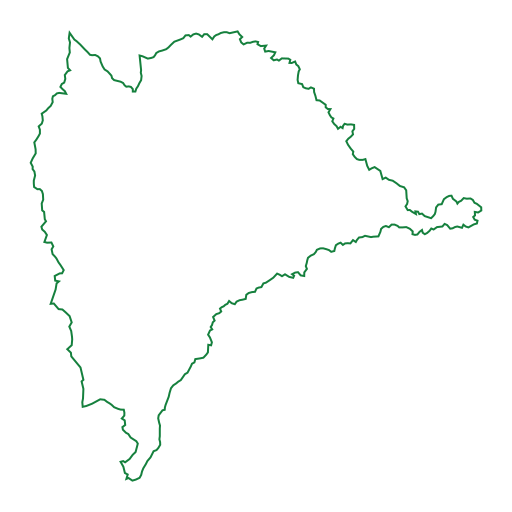 Aral Moreira, Mato Grosso do Sul, Brazil
{"feature_id": "56859067B29301186174835", "entity_name": "Aral Moreira", "entity_type": "district", "adm_level": 2, "iso_a3": "BRA", "parent_name": "Brazil", "parent_adm1": "Mato Grosso do Sul", "projection": "orthographic", "projection_center": [-55.401, -22.967], "detail": "fine", "context": "isolated", "style": "outline", "palette": "green", "viewbox_px": 512, "rotation_deg": 0, "n_neighbors": 0, "source": "geoboundaries", "source_scale": "gbopen_adm2", "svg_char_len": 5884}
<svg xmlns="http://www.w3.org/2000/svg" viewBox="0 0 512 512"><path d="M475.0,215.4L474.8,211.9L478.1,212.5L481.3,210.5L481.2,207.3L476.8,203.8L474.5,202.8L472.8,199.9L470.5,198.5L466.7,198.7L463.7,198.1L461.1,200.8L458.8,201.9L457.4,203.6L456.4,201.5L452.9,198.8L451.5,195.7L449.2,195.9L446.7,197.1L443.9,199.2L441.7,204.2L438.3,204.6L436.1,207.4L435.5,211.8L434.8,214.1L433.3,216.0L431.1,218.2L424.7,216.1L422.0,213.6L419.3,214.1L418.0,211.7L415.4,211.4L415.9,214.0L412.1,211.8L409.8,210.0L407.7,210.1L405.5,206.4L407.1,204.0L407.7,201.2L406.7,198.3L406.2,190.3L404.1,187.3L399.9,186.0L396.4,183.2L392.7,180.7L388.9,179.8L385.7,177.6L382.6,179.1L380.3,170.9L374.6,167.1L371.7,168.3L369.2,169.8L367.2,165.8L365.4,159.1L362.6,159.9L359.4,159.9L356.9,159.1L354.7,156.9L352.8,154.2L353.3,151.6L350.8,148.7L348.0,144.7L346.3,141.2L348.3,138.7L350.7,136.8L353.0,134.4L352.4,131.3L354.2,128.9L354.1,124.9L351.0,124.4L347.4,124.6L344.6,123.8L343.1,125.8L342.6,128.1L340.6,126.8L338.0,128.8L336.6,126.2L334.1,123.9L332.3,121.3L333.4,118.5L331.4,117.4L329.9,115.2L328.5,112.3L330.4,109.1L327.8,109.0L325.7,107.3L325.7,104.8L319.7,100.5L316.5,100.2L315.4,95.8L314.1,92.0L314.0,88.7L310.9,87.4L308.6,88.8L305.8,88.3L303.3,87.2L302.1,84.1L298.3,83.2L297.6,79.9L298.0,75.3L298.7,71.4L299.8,69.3L298.3,66.1L296.3,64.5L295.1,61.5L291.7,63.0L289.5,62.9L290.3,59.8L288.3,58.6L281.8,58.4L278.9,60.6L277.0,59.5L273.7,60.3L271.1,58.0L273.9,55.3L275.3,52.3L268.6,51.0L265.2,51.6L264.2,48.6L266.1,45.6L260.8,46.1L257.5,44.2L258.1,42.0L255.5,41.4L253.0,41.8L250.2,42.8L247.2,42.7L243.6,44.4L241.2,42.4L239.9,39.2L242.2,37.0L239.4,34.3L237.6,31.4L229.6,33.2L226.7,32.2L224.0,32.2L220.8,33.0L218.4,34.3L216.3,35.0L214.3,36.4L212.4,39.3L207.2,34.2L204.2,34.2L202.1,36.8L198.8,34.4L196.1,33.6L193.3,34.4L190.6,36.6L188.8,35.1L185.5,35.4L183.3,38.2L180.3,39.5L174.3,41.7L170.9,44.9L168.5,47.4L166.2,49.2L162.1,50.6L159.0,51.4L156.3,53.0L155.1,55.2L153.6,57.1L151.4,57.9L147.8,58.6L142.6,56.3L139.6,55.5L141.1,70.2L140.8,72.7L141.6,76.0L141.1,80.2L139.4,83.1L137.9,86.3L136.3,88.6L135.4,91.5L132.8,91.5L132.8,89.1L130.9,86.9L128.7,86.4L126.3,86.7L124.6,85.3L123.1,83.0L120.6,81.7L114.1,80.1L112.1,78.2L111.4,75.6L107.6,71.4L104.6,69.5L102.7,66.5L100.6,61.6L100.0,58.4L97.9,56.3L95.2,55.0L92.1,55.2L90.0,54.8L87.6,52.1L84.8,49.4L80.3,44.6L76.6,41.2L74.4,39.6L69.6,32.8L68.8,38.4L70.0,42.4L69.4,48.0L69.8,52.5L67.1,59.1L67.9,67.9L70.1,70.3L67.6,71.3L64.8,75.0L65.3,78.9L64.2,82.6L61.8,84.0L60.4,86.9L62.6,89.2L64.9,91.2L66.2,93.8L59.2,92.9L56.9,93.4L55.0,95.2L52.9,96.3L52.3,98.8L52.7,102.1L50.7,105.9L48.2,108.2L46.3,110.5L41.7,113.7L42.4,116.3L42.8,120.4L41.8,123.6L38.7,126.4L39.9,129.7L39.9,133.6L38.5,136.2L36.3,139.7L34.3,142.4L35.6,149.3L35.7,153.4L32.7,158.4L30.7,162.8L32.7,166.6L32.6,169.1L34.4,171.5L35.1,175.5L33.8,180.6L33.8,183.5L34.1,187.0L37.4,189.2L39.8,189.1L41.9,191.0L42.9,194.1L43.2,199.7L41.7,203.5L42.2,210.4L44.1,211.9L44.8,219.2L46.0,221.3L41.4,226.7L42.2,229.5L44.8,231.8L46.9,235.0L44.4,242.0L47.1,242.7L51.4,242.5L53.3,246.4L51.6,249.3L52.6,254.1L54.9,256.5L56.4,258.4L58.6,262.5L60.3,264.8L63.7,270.1L62.1,273.3L59.7,273.4L54.7,276.0L55.2,280.6L58.9,281.4L56.6,283.4L55.6,289.5L50.7,303.8L53.8,303.5L58.6,309.1L62.4,309.5L65.6,312.3L69.6,316.1L71.7,322.4L69.3,326.6L71.2,331.0L72.0,336.7L72.2,339.4L71.7,345.2L67.3,349.2L70.9,352.7L71.3,356.4L80.5,367.5L83.4,379.8L81.6,381.4L83.4,388.9L83.0,398.5L82.3,402.2L82.7,406.8L86.3,406.0L92.1,403.7L100.2,399.3L104.4,399.8L107.1,401.9L109.5,403.3L111.6,404.8L114.1,407.2L118.2,408.9L120.7,409.6L123.8,409.7L124.4,412.8L124.3,415.6L121.8,418.5L124.7,420.4L125.2,425.0L122.4,427.1L122.9,429.7L126.0,432.8L128.3,434.0L130.6,437.5L136.3,441.2L137.8,443.6L135.6,452.0L132.7,454.8L129.6,459.0L125.1,462.3L123.2,461.1L120.6,461.8L123.4,466.8L124.9,473.0L127.7,474.5L126.4,478.9L128.5,478.0L132.4,480.6L135.8,479.6L139.6,477.8L141.2,474.9L142.0,471.5L143.3,468.3L145.9,464.0L147.4,461.0L150.5,457.4L153.6,451.2L156.5,450.1L158.3,448.0L160.2,444.8L160.1,442.1L159.4,439.3L159.8,436.2L159.8,428.4L160.0,425.6L159.1,422.5L158.2,418.3L158.7,415.3L162.5,410.3L164.7,409.8L164.9,407.4L165.6,404.9L168.7,396.8L169.6,392.8L171.0,388.2L173.3,385.3L176.2,383.4L178.2,381.7L180.8,380.1L184.9,374.2L187.5,372.7L190.8,366.5L192.0,363.7L194.4,362.4L195.3,359.1L200.0,358.4L203.4,357.7L206.3,354.6L207.9,352.4L208.3,344.8L211.1,345.3L211.9,342.3L209.9,337.4L208.1,334.7L210.0,330.5L212.2,329.4L210.7,327.0L212.0,325.1L212.8,322.3L214.6,320.6L213.1,317.0L216.3,314.1L219.2,313.2L221.2,311.5L220.0,308.6L221.7,307.2L223.7,306.3L225.3,304.8L227.4,303.8L229.1,301.0L231.7,303.2L234.8,304.2L236.6,301.6L239.6,300.2L242.5,299.7L245.7,298.9L246.3,294.8L248.7,293.0L251.9,292.1L255.0,291.8L256.5,288.5L258.6,287.6L261.4,287.1L263.4,283.4L265.9,282.7L269.7,280.2L273.3,277.7L277.1,273.6L279.6,274.7L282.0,276.2L285.0,274.3L289.2,276.9L293.2,277.8L294.1,275.7L292.1,274.2L295.1,272.6L298.0,272.2L300.7,275.4L304.2,276.0L304.3,272.4L306.9,268.9L305.8,266.1L306.7,263.1L307.3,260.2L308.0,257.8L310.8,255.6L313.9,254.2L315.7,252.1L316.9,249.8L320.2,248.4L323.1,248.3L326.4,249.2L329.0,250.1L331.2,251.8L334.3,251.0L334.9,248.3L335.9,245.2L338.3,243.6L340.6,242.7L342.9,244.9L345.1,243.4L347.7,243.2L350.4,243.4L353.0,240.1L355.8,242.0L356.9,240.0L359.0,237.5L362.4,237.1L365.0,235.8L371.0,237.1L373.3,236.7L378.4,236.4L380.4,231.8L381.1,228.9L383.3,226.9L385.9,226.0L388.9,227.2L391.6,224.6L394.6,224.6L397.6,225.9L399.2,227.4L402.6,227.4L406.3,227.1L409.9,228.8L412.7,231.4L412.5,234.2L415.0,234.9L417.4,234.5L419.5,231.9L422.0,230.0L422.7,232.7L424.8,234.2L427.1,233.0L429.6,230.8L431.3,228.5L433.6,229.5L437.0,227.1L442.4,226.5L444.6,223.9L447.2,225.1L450.2,228.7L452.6,228.3L455.1,227.0L457.3,226.5L462.0,227.8L463.4,224.7L465.7,226.5L468.4,227.4L473.8,224.4L476.9,223.5L477.5,220.7L474.7,219.7L473.2,217.0L475.0,215.4Z" fill="none" stroke="#15803d" stroke-width="2"/></svg>